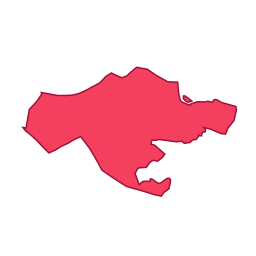 Yonan, Hwanghae-namdo, North Korea (Equal Earth projection), rotated 280°
{"feature_id": "82179303B35883429877711", "entity_name": "Yonan", "entity_type": "district", "adm_level": 2, "iso_a3": "PRK", "parent_name": "North Korea", "parent_adm1": "Hwanghae-namdo", "projection": "equal_earth", "projection_center": [126.071, 37.915], "detail": "fine", "context": "isolated", "style": "filled", "palette": "rose", "viewbox_px": 256, "rotation_deg": 280, "n_neighbors": 0, "source": "geoboundaries", "source_scale": "gbopen_adm2", "svg_char_len": 1594}
<svg xmlns="http://www.w3.org/2000/svg" viewBox="0 0 256 256"><g transform="rotate(280 128 128)"><path d="M66.7,172.7L70.8,174.6L71.6,175.4L75.2,178.8L81.9,179.2L84.9,178.6L85.7,177.0L85.1,175.1L79.1,169.3L79.0,166.6L82.0,160.2L81.5,158.6L80.1,159.2L79.1,158.6L78.8,154.5L77.7,151.6L74.1,148.9L84.4,142.9L86.3,143.5L89.3,144.4L90.8,146.0L92.4,152.8L98.3,155.8L100.5,158.3L100.5,163.0L105.2,167.1L108.7,168.8L115.8,157.0L115.9,153.5L119.6,153.6L120.5,153.7L120.5,157.0L122.1,160.7L122.8,178.0L124.3,183.0L122.7,186.2L124.6,191.8L127.3,193.4L128.5,197.0L132.2,199.1L133.1,198.8L133.0,201.7L136.7,202.0L137.7,204.8L139.8,204.5L141.6,202.7L141.2,209.3L138.6,221.0L138.7,221.6L139.0,225.1L140.9,225.5L145.3,226.4L154.0,231.2L164.9,231.6L167.9,230.5L169.4,215.4L171.3,210.6L171.0,208.0L167.9,206.4L168.3,202.0L167.2,199.8L165.8,191.6L162.5,185.5L161.2,185.4L162.1,179.9L163.2,175.9L164.7,174.5L171.3,171.8L181.8,168.9L180.4,159.1L184.8,146.4L189.2,136.9L189.3,125.9L183.6,121.1L179.2,117.9L176.4,113.2L177.9,106.8L179.3,102.1L175.0,97.3L167.8,92.6L157.7,79.9L153.4,73.6L150.6,67.2L149.2,60.9L147.8,53.0L147.8,48.2L147.9,41.9L147.9,38.8L147.9,36.4L146.5,37.2L139.2,34.0L129.1,27.6L120.4,27.6L116.1,27.6L110.3,27.6L110.3,24.4L107.4,27.6L105.9,30.7L103.0,35.5L100.0,40.2L94.1,48.1L89.7,54.4L94.0,60.7L98.4,65.5L102.7,71.8L107.0,76.6L111.3,82.9L106.9,87.7L101.0,94.0L93.7,100.3L87.9,105.0L82.0,109.7L76.1,122.4L70.2,136.6L68.6,152.4L67.0,165.1L66.7,172.7ZM169.5,178.8L169.1,176.9L166.5,177.5L164.3,180.4L163.9,183.0L165.6,186.2L169.5,178.8Z" fill="#f43f5e" stroke="#9f1239" stroke-width="1.5"/></g></svg>